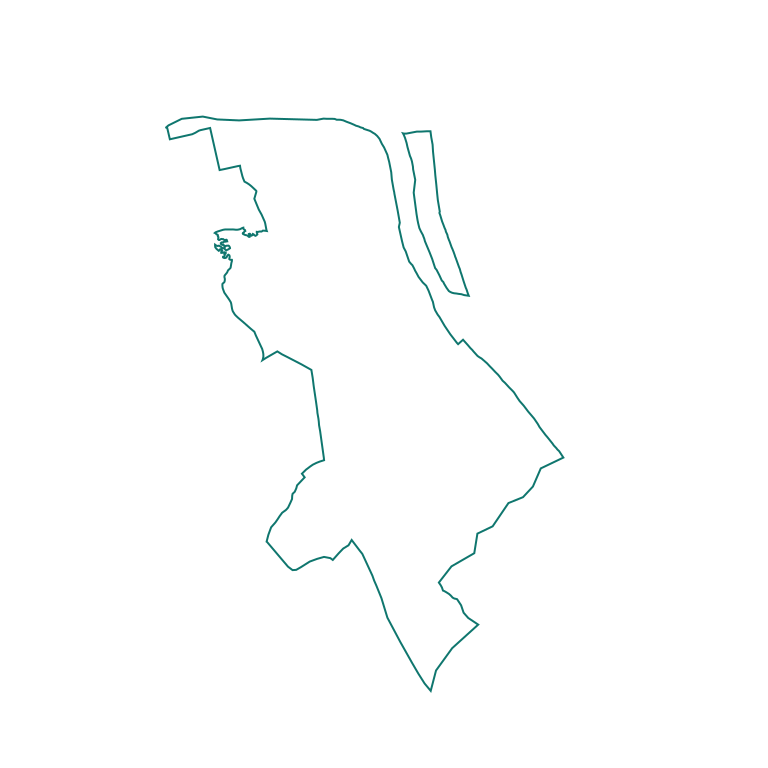 Yangon (West), Yangon, Myanmar (Natural Earth projection), rotated 165°
{"feature_id": "60261553B21361013305345", "entity_name": "Yangon (West)", "entity_type": "district", "adm_level": 2, "iso_a3": "MMR", "parent_name": "Myanmar", "parent_adm1": "Yangon", "projection": "natural_earth1", "projection_center": [96.146, 16.837], "detail": "fine", "context": "isolated", "style": "outline", "palette": "teal", "viewbox_px": 768, "rotation_deg": 165, "n_neighbors": 0, "source": "geoboundaries", "source_scale": "gbopen_adm2", "svg_char_len": 6162}
<svg xmlns="http://www.w3.org/2000/svg" viewBox="0 0 768 768"><g transform="rotate(165 384 384)"><path d="M418.3,75.5L407.9,93.8L386.5,111.2L355.3,127.2L363.2,136.2L366.3,142.5L366.8,150.3L369.1,157.2L370.4,158.0L371.5,158.5L373.0,159.9L374.2,162.3L375.5,164.3L377.6,166.6L379.4,168.4L380.5,169.2L380.7,172.4L381.3,174.9L382.4,178.0L366.0,190.4L340.6,197.2L332.5,215.3L315.9,218.4L294.6,236.8L279.0,238.7L266.7,246.4L254.4,261.9L229.8,266.5L232.2,273.8L233.5,275.9L234.1,277.4L235.9,280.7L236.6,282.7L240.0,290.5L241.3,293.2L244.9,302.1L245.8,305.6L248.0,311.9L251.9,320.1L254.7,327.0L257.4,332.4L258.7,336.1L260.6,342.2L261.2,343.4L261.9,344.7L264.0,348.3L266.9,353.9L268.6,356.5L270.4,361.2L271.4,363.4L273.4,366.8L275.7,371.1L277.1,373.5L279.1,377.3L283.2,383.4L284.9,385.1L286.4,386.9L289.2,392.4L289.9,394.0L291.3,396.4L292.9,399.8L296.2,406.3L302.1,403.3L302.9,404.8L307.1,414.9L310.4,424.5L312.2,431.1L313.1,434.4L314.2,437.1L315.5,441.9L315.6,443.1L315.8,445.0L315.5,450.7L315.8,452.8L316.8,462.6L317.8,468.0L320.3,472.1L322.9,478.5L323.8,482.4L324.6,485.4L325.0,487.8L325.8,491.4L326.8,493.1L328.0,495.7L328.7,506.4L329.7,510.8L329.6,517.5L329.0,531.8L327.0,535.7L325.9,548.2L324.7,565.2L324.5,566.6L324.4,569.2L323.5,579.5L322.2,586.7L321.5,597.4L321.5,601.2L321.4,604.5L322.7,612.5L323.9,616.5L324.9,622.0L326.4,625.4L328.1,628.0L330.0,629.9L330.8,630.9L332.3,632.3L337.4,635.6L337.9,636.6L340.3,638.0L341.8,639.3L344.3,640.8L345.5,641.9L348.9,644.6L352.3,647.0L355.1,649.2L357.7,650.5L361.3,651.5L363.0,652.8L365.5,653.6L370.7,655.0L373.8,656.0L380.5,656.5L425.6,669.9L455.7,676.1L476.6,682.7L489.8,689.2L510.7,692.5L525.2,689.6L528.7,687.9L527.1,687.9L527.5,675.8L504.6,674.9L501.2,675.5L497.3,676.6L495.7,676.7L485.7,676.3L487.4,633.2L482.5,632.9L468.8,632.3L466.6,632.1L466.9,629.6L467.0,621.5L466.9,619.4L466.4,615.6L464.4,613.7L462.7,611.8L461.0,609.5L457.4,603.7L457.5,602.8L461.3,596.5L459.8,584.9L458.4,579.3L457.2,571.7L457.2,569.6L457.7,563.1L457.6,562.1L459.2,562.8L461.3,563.5L462.2,563.1L463.3,563.0L463.9,563.3L464.9,563.5L466.6,563.5L467.5,563.9L467.7,563.3L467.6,562.3L467.6,561.3L468.9,560.6L469.8,560.4L470.5,561.0L471.3,562.4L471.8,562.8L472.3,561.9L473.6,561.6L474.1,562.4L474.3,563.3L474.8,563.9L475.6,563.9L475.6,563.3L475.0,562.6L475.0,561.7L475.7,560.9L476.4,561.1L476.9,561.7L477.3,562.5L477.8,563.0L479.2,563.7L480.1,564.3L481.4,565.5L481.4,566.1L481.0,566.5L480.3,566.5L479.6,567.2L479.1,567.6L478.4,567.7L478.4,568.6L479.1,569.4L479.6,570.2L479.4,571.4L480.4,571.4L482.5,570.9L483.3,570.8L485.3,570.9L487.0,571.3L489.9,572.4L491.5,572.8L497.6,574.4L498.5,574.5L499.4,574.6L504.9,574.4L507.5,574.1L508.3,573.7L507.6,573.1L507.0,571.8L506.3,571.5L505.9,570.7L506.3,569.4L505.9,568.7L506.8,566.8L506.3,565.9L505.7,565.7L503.9,566.2L503.1,566.1L502.6,565.7L501.9,565.6L501.3,564.9L500.9,564.3L498.8,564.1L498.5,563.5L498.9,563.1L498.7,562.4L500.7,562.6L501.1,563.2L502.8,562.3L503.3,562.6L504.0,562.8L504.6,562.6L505.2,562.3L505.3,561.5L504.2,560.2L503.4,560.2L502.6,559.3L502.6,558.5L502.6,557.7L502.1,557.6L501.3,558.3L500.3,558.3L498.4,557.9L497.9,557.3L497.5,555.8L497.6,555.0L499.7,554.3L501.1,554.1L501.7,553.8L502.5,554.8L502.8,555.6L503.0,557.0L503.5,556.6L504.2,556.6L505.1,557.4L506.1,558.8L507.4,560.2L508.2,560.4L508.8,560.3L509.3,560.6L510.0,560.9L511.1,562.3L511.3,561.7L511.6,559.8L511.1,558.5L510.7,557.7L509.7,556.2L509.1,555.4L508.4,555.7L507.8,556.3L507.2,556.6L506.6,556.3L506.0,555.5L505.8,554.7L506.7,554.3L507.1,553.5L507.3,552.9L506.7,552.6L504.1,552.6L503.4,552.2L502.9,551.5L503.3,550.9L503.9,550.7L504.6,550.6L504.5,549.6L505.2,548.7L506.0,548.4L506.5,548.5L506.7,547.9L506.1,547.3L505.3,546.9L504.4,546.8L503.4,547.0L502.7,547.9L501.6,548.9L500.9,549.2L500.1,548.4L500.0,547.4L500.3,546.3L500.8,545.5L501.1,544.7L500.6,544.0L500.1,543.7L499.4,543.5L498.8,543.3L499.0,542.3L500.1,540.4L502.0,536.2L502.4,535.7L505.3,534.1L506.7,532.3L509.9,530.0L510.3,529.2L510.5,528.2L510.5,526.9L510.8,525.7L511.5,524.2L512.0,523.6L513.7,522.8L514.2,522.4L514.6,521.0L514.9,519.4L515.0,517.9L514.6,513.6L511.8,505.9L510.9,502.9L510.8,502.0L510.8,501.0L511.3,496.1L511.3,494.3L511.2,493.3L510.2,490.0L509.8,489.1L509.3,488.2L507.9,485.9L503.8,480.0L498.5,472.0L495.7,468.0L495.2,464.0L493.1,452.1L492.6,449.4L492.6,446.4L492.8,444.2L493.4,441.7L494.6,439.3L495.2,438.5L491.0,439.8L478.6,443.1L474.9,439.1L470.1,434.8L458.6,424.3L450.5,416.4L451.3,408.4L452.5,399.7L454.3,384.1L455.3,376.0L455.8,373.3L456.3,367.6L456.7,364.7L457.4,360.9L457.9,355.0L461.2,328.4L461.6,325.9L466.1,325.7L469.6,325.3L473.6,324.5L476.7,323.4L479.6,322.2L481.4,321.5L486.5,318.6L484.8,314.4L494.2,308.6L495.7,306.0L496.8,304.6L498.1,303.0L500.7,301.6L501.6,299.8L502.6,296.7L505.2,293.5L508.7,289.4L511.1,287.8L515.7,286.0L519.2,283.2L521.5,281.1L524.7,278.4L530.1,274.8L534.7,268.3L538.2,262.1L537.8,261.6L524.0,232.4L520.5,227.9L516.9,227.2L511.6,228.6L501.7,231.7L493.8,232.4L486.7,232.5L480.9,229.7L479.0,227.3L471.6,232.2L466.0,235.6L460.0,237.4L455.6,241.7L450.6,229.4L448.9,225.5L444.8,201.8L444.4,196.7L443.6,191.5L441.9,177.8L441.2,157.4L435.0,130.5L429.1,107.5L425.8,95.4L422.3,84.2L418.3,75.5ZM300.8,621.2L300.4,619.5L300.0,616.3L299.8,611.0L300.0,606.7L299.9,597.6L299.5,594.9L299.4,591.8L299.8,586.4L300.3,583.9L301.0,573.1L305.8,561.1L308.6,539.7L309.2,533.7L309.4,530.4L309.5,525.5L308.9,522.0L307.8,517.5L307.8,516.5L307.5,514.0L307.5,511.3L306.8,506.0L305.9,499.4L305.1,492.3L304.6,482.7L303.7,480.8L302.4,474.9L301.4,469.0L300.3,467.1L300.0,465.3L298.7,460.7L297.3,457.0L296.1,455.7L294.6,454.5L292.8,453.5L290.7,452.7L288.5,451.7L286.0,450.7L283.5,449.1L279.3,447.3L279.6,449.9L279.8,454.0L280.1,455.7L280.5,462.4L280.8,469.9L281.0,472.3L281.0,475.5L281.3,477.6L282.1,487.3L282.3,488.6L282.3,489.7L282.6,493.6L283.0,496.9L283.3,498.6L283.8,505.0L284.0,506.1L284.3,509.5L284.2,511.9L284.8,515.2L284.7,516.8L285.1,519.1L285.4,522.4L285.8,526.0L286.0,532.5L286.2,534.9L285.5,536.1L284.4,547.7L283.4,554.0L281.9,562.9L280.4,572.4L279.4,577.9L276.5,595.8L275.1,602.7L274.5,610.1L273.7,616.1L276.6,616.9L283.3,618.3L287.0,619.3L297.8,620.1L299.9,620.7L300.8,621.2Z" fill="none" stroke="#0f766e" stroke-width="2"/></g></svg>